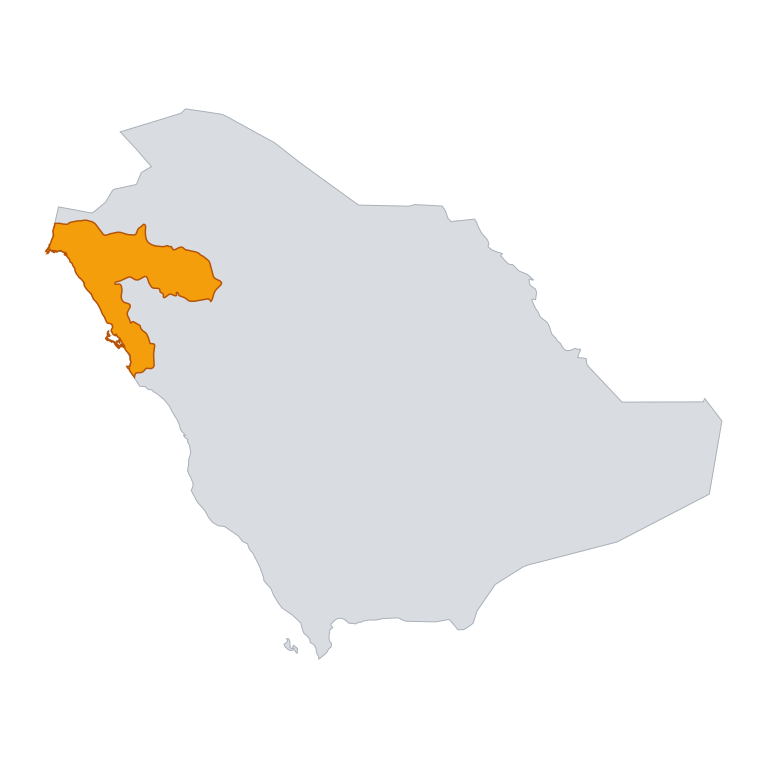 location of Tabuk within Saudi Arabia
{"feature_id": "SAU-848", "entity_name": "Tabuk", "entity_type": "Region", "adm_level": 1, "iso_a3": "SAU", "parent_name": "Saudi Arabia", "parent_adm1": "", "projection": "orthographic", "projection_center": [36.673, 26.762], "detail": "fine", "context": "in_parent", "style": "filled", "palette": "amber", "viewbox_px": 768, "rotation_deg": 0, "n_neighbors": 0, "source": "natural_earth", "source_scale": "10m", "svg_char_len": 9644}
<svg xmlns="http://www.w3.org/2000/svg" viewBox="0 0 768 768"><path d="M617.0,542.0L527.6,565.1L522.8,567.0L495.2,584.5L477.1,610.9L473.2,623.0L470.9,625.0L467.1,627.7L463.6,629.6L458.0,629.8L451.0,621.4L449.2,619.6L447.7,619.7L435.4,621.9L409.5,621.3L405.1,621.0L399.3,618.4L397.8,617.9L396.3,617.9L382.9,618.6L376.3,620.0L369.9,620.0L363.2,621.0L360.9,622.3L358.3,622.3L356.8,623.4L355.3,624.0L353.6,623.2L351.5,623.5L348.5,623.0L346.4,621.1L344.5,619.5L342.5,618.6L340.3,618.2L338.4,618.3L336.0,619.4L334.6,620.5L331.0,624.1L330.9,625.3L332.6,627.3L332.1,628.3L330.0,629.6L329.4,632.8L329.2,634.6L329.0,638.8L330.1,642.0L331.4,643.2L331.5,644.6L330.9,647.5L328.9,648.5L327.5,651.2L326.6,652.5L325.1,654.1L318.9,659.1L318.5,656.4L316.4,652.4L316.2,649.5L315.2,646.6L313.4,644.4L310.1,642.3L309.7,639.1L307.3,636.1L304.1,633.7L302.3,629.1L300.8,622.9L292.5,615.1L282.1,608.0L278.9,603.8L273.7,595.4L270.9,588.6L264.0,580.9L263.6,577.9L262.5,574.2L260.8,570.2L259.8,566.9L252.7,552.9L250.5,550.7L248.5,547.5L248.0,545.1L247.4,543.7L242.6,541.5L238.0,535.7L224.5,526.5L218.0,525.7L212.7,522.4L208.9,518.0L204.7,510.4L197.4,502.2L191.2,490.5L193.0,486.2L192.9,483.1L191.0,478.1L188.9,474.2L187.5,470.5L188.5,465.1L188.8,459.1L189.9,455.9L190.7,452.4L189.5,445.4L187.5,441.7L187.6,439.2L185.4,438.0L183.5,435.3L185.4,435.3L181.9,431.5L180.6,429.5L179.2,424.3L177.5,420.4L172.1,411.6L169.5,406.2L163.8,399.3L157.6,394.2L153.6,391.8L151.7,389.7L148.6,389.7L145.1,386.6L142.6,386.5L139.6,386.1L135.9,380.2L132.9,374.7L127.8,367.5L129.1,365.6L130.6,362.5L129.8,358.5L129.0,355.8L126.8,350.8L119.4,338.5L117.5,336.7L114.4,334.6L112.5,329.2L111.6,324.4L106.7,322.1L98.2,304.8L93.3,298.7L91.3,294.6L85.7,287.9L83.0,281.2L77.3,275.0L72.5,264.3L65.0,253.6L61.8,251.7L54.0,250.8L50.7,250.0L47.7,252.3L47.5,249.3L49.6,245.3L52.8,236.7L53.5,229.2L58.5,206.9L91.3,213.0L92.9,212.6L105.5,202.3L112.5,190.4L114.1,189.2L135.9,184.6L136.6,184.0L140.9,173.3L141.4,172.7L142.0,172.1L151.4,166.6L136.0,148.8L120.2,131.9L180.2,113.5L181.2,113.1L185.5,108.9L212.1,112.8L222.4,114.5L225.7,116.0L274.8,142.9L299.6,162.4L358.1,204.8L358.9,205.1L409.3,206.2L414.6,204.6L428.4,205.3L442.3,206.1L445.5,211.2L446.8,214.9L448.0,218.4L451.0,221.5L462.5,220.4L474.5,219.1L476.5,222.2L477.6,225.5L481.5,233.0L486.6,238.7L487.9,240.8L488.9,244.0L488.3,245.4L488.1,246.8L491.8,249.9L497.6,252.2L499.8,252.7L502.4,253.7L500.7,255.8L504.4,259.9L508.6,264.1L512.8,264.7L519.0,271.0L527.7,274.6L533.4,279.9L532.9,280.1L531.4,279.7L529.4,279.1L529.0,279.8L529.3,282.3L530.1,285.1L532.9,287.3L535.4,288.9L536.6,292.2L535.6,299.7L535.0,299.7L533.7,299.2L532.4,299.2L531.7,299.7L533.8,304.8L535.7,308.7L537.9,311.7L539.9,316.2L541.4,318.0L547.3,322.4L549.4,326.4L551.7,333.9L555.6,337.9L557.7,341.0L560.5,343.5L562.5,347.2L565.0,349.9L566.3,350.5L568.1,350.6L570.3,350.4L572.8,349.3L575.6,348.3L577.9,349.5L580.1,349.0L580.5,350.4L579.2,352.5L577.8,357.5L580.6,357.9L583.2,358.0L585.0,358.5L586.1,358.4L586.2,359.4L586.8,363.9L587.6,365.6L622.0,402.1L702.6,401.9L703.1,401.8L704.8,398.6L721.9,421.0L709.3,494.1L617.0,542.0ZM291.2,648.4L293.8,648.5L292.7,647.4L292.5,646.9L293.6,645.3L297.4,648.4L297.4,652.3L297.1,653.2L296.1,652.4L295.4,651.6L295.2,650.7L294.1,649.8L290.5,650.6L288.2,649.6L284.9,646.5L284.0,644.1L285.3,643.6L286.7,642.4L287.5,640.5L286.7,638.6L288.6,638.8L289.7,640.8L290.0,645.3L290.3,646.3L289.8,647.3L291.2,648.4ZM118.9,347.6L118.0,347.6L115.8,345.2L114.4,343.4L113.1,342.3L107.0,339.9L106.2,338.3L107.1,336.8L107.8,338.3L108.9,339.2L113.9,341.4L119.6,346.1L120.5,346.5L118.9,347.6ZM109.1,335.9L108.8,336.4L107.4,335.2L107.5,332.5L108.7,330.9L108.6,333.0L109.1,335.2L109.1,335.9Z" fill="#d9dde1" stroke="#a8b0b8" stroke-width="1"/><path d="M134.4,377.3L129.4,370.4L129.5,368.8L129.3,368.2L129.1,368.1L128.7,368.5L128.3,368.5L127.8,368.2L126.8,366.4L129.1,366.5L129.9,366.2L130.3,365.6L130.3,363.9L131.0,362.4L130.9,361.6L130.1,359.2L130.3,357.2L130.2,356.4L129.8,354.9L128.8,353.5L127.8,352.7L127.5,352.0L126.5,351.2L125.4,349.7L125.0,348.9L124.8,347.5L123.9,346.3L124.5,345.9L124.0,345.1L122.6,343.6L121.8,341.7L121.0,341.0L121.0,340.3L119.9,338.3L118.2,337.4L116.1,334.4L115.5,334.3L115.4,334.7L115.7,335.5L115.3,335.7L113.2,334.5L112.5,333.6L112.2,333.0L112.2,332.1L111.6,331.8L111.2,330.9L111.2,330.1L111.5,329.3L112.6,327.8L112.7,326.8L112.3,325.0L111.5,324.2L110.5,323.7L108.4,323.3L107.2,322.9L106.5,321.9L104.5,317.1L102.4,314.0L100.0,308.2L97.5,303.7L96.0,301.7L93.4,299.1L92.9,297.6L92.0,295.9L91.3,293.7L90.8,293.8L89.6,292.2L87.6,290.4L85.1,287.1L84.2,285.3L84.0,284.7L84.5,283.6L83.6,282.0L81.0,278.9L79.1,277.5L77.6,275.1L76.6,274.2L75.1,271.0L74.8,268.4L73.0,265.9L72.2,263.7L71.6,262.8L70.6,262.3L70.2,261.9L69.8,260.8L69.7,259.8L69.4,259.3L67.8,257.4L67.0,256.2L65.0,254.7L65.0,255.0L64.8,255.0L64.4,254.5L66.1,253.5L66.4,253.7L66.1,252.9L64.8,252.5L64.4,252.8L63.9,252.1L62.8,252.0L61.0,250.6L60.7,250.8L60.0,250.8L60.3,251.3L59.3,250.7L57.4,251.5L57.1,252.0L56.9,252.0L56.9,251.7L55.0,251.7L54.6,252.2L54.4,251.9L54.4,251.7L54.6,251.7L54.5,251.2L55.2,250.7L54.3,250.6L54.0,250.7L54.2,251.2L53.6,251.5L53.3,252.2L52.9,251.9L53.7,251.2L53.8,250.7L53.0,250.7L52.7,251.4L52.2,251.4L52.2,250.9L51.8,251.2L51.5,250.7L51.2,250.9L50.9,250.7L50.3,249.7L49.9,250.2L49.5,249.8L49.3,250.6L48.4,251.1L48.4,251.3L49.0,251.8L49.0,252.1L48.6,252.3L48.4,252.1L48.0,253.4L47.3,253.5L47.5,253.3L47.2,252.5L47.1,251.2L46.9,250.9L46.1,251.2L46.3,250.8L46.1,250.6L46.5,249.9L47.8,248.9L47.6,248.7L47.8,248.3L48.2,248.2L48.0,248.4L48.6,248.7L48.8,248.6L48.9,248.2L48.7,248.2L48.5,247.5L49.1,247.2L49.0,246.7L49.3,245.1L49.8,245.3L49.8,244.8L49.5,245.0L49.3,244.8L50.0,244.2L50.6,243.1L51.1,241.8L51.5,240.1L52.1,239.2L52.6,237.6L53.5,236.1L53.2,232.8L52.8,231.2L53.4,229.0L54.3,227.0L54.3,226.8L54.1,226.8L54.7,225.8L54.7,225.4L54.6,224.8L54.9,223.4L59.7,223.3L62.2,223.9L66.6,224.4L67.9,224.0L69.0,223.0L70.0,222.5L71.4,222.1L77.7,220.9L81.8,220.7L84.2,220.2L86.3,220.2L92.3,221.8L94.4,223.1L95.4,224.0L103.4,234.5L103.8,234.8L105.1,235.2L105.8,235.3L106.3,235.2L109.7,233.9L117.2,232.3L119.6,232.3L121.4,232.6L126.1,234.1L128.7,234.7L134.1,235.0L134.9,234.7L135.7,234.4L136.1,233.8L137.7,229.8L138.6,228.4L141.3,226.4L143.2,224.6L143.8,224.3L144.5,224.5L145.1,225.0L145.5,225.6L145.6,226.4L145.3,232.1L145.5,235.2L146.1,238.8L147.4,241.4L148.0,242.1L150.0,243.8L151.5,244.6L154.9,245.8L156.9,246.1L163.1,246.7L164.2,246.6L167.1,245.6L169.5,246.6L171.4,246.6L172.4,248.7L173.5,249.7L174.3,249.8L175.8,249.3L179.1,247.6L181.0,247.1L181.8,247.2L182.8,247.5L184.0,248.5L184.6,249.2L185.9,249.8L196.0,252.0L198.9,253.3L200.4,254.9L203.3,256.4L207.0,259.3L208.9,261.1L209.7,262.6L213.4,276.4L213.8,277.1L214.8,278.2L216.0,279.0L219.9,280.9L221.3,282.3L221.5,283.0L221.4,283.8L220.6,285.2L216.3,289.4L214.9,291.4L214.0,293.3L212.3,299.1L211.3,301.0L210.8,301.4L209.7,299.8L209.1,299.4L208.4,298.9L207.7,298.9L194.6,301.2L191.5,301.3L189.9,301.1L188.7,300.7L184.8,297.8L179.7,295.9L178.9,295.3L178.0,293.1L177.3,292.5L176.7,292.5L176.3,292.9L176.5,294.9L176.4,295.5L175.6,295.8L174.1,295.5L171.8,294.4L170.0,294.1L168.9,294.5L165.2,297.3L164.3,297.6L163.6,297.4L163.3,296.9L163.4,294.7L163.1,294.1L162.6,293.5L160.6,292.3L160.1,291.7L159.9,291.1L159.8,289.5L159.5,289.0L158.3,288.4L154.4,288.2L153.1,288.0L152.1,287.5L151.4,286.9L149.0,283.0L147.2,277.7L146.8,277.1L145.9,276.5L145.3,276.4L144.8,276.4L138.9,279.6L137.5,280.0L135.5,279.8L134.6,279.4L131.9,277.7L130.5,277.1L128.7,277.0L119.9,281.0L116.3,281.9L115.6,282.3L115.1,282.8L114.9,283.4L115.0,284.0L115.6,284.4L119.2,284.0L120.4,284.6L120.8,285.2L121.4,286.2L121.9,289.3L121.9,291.2L121.2,296.0L121.3,297.5L121.6,299.1L122.4,300.6L123.6,302.0L124.3,302.4L128.7,303.8L129.3,304.2L129.9,304.8L130.2,305.7L130.1,307.2L128.0,311.0L127.4,312.5L127.2,313.9L127.5,315.4L129.3,319.1L130.6,323.0L131.1,322.9L132.2,321.9L132.9,321.7L133.6,321.8L139.8,325.4L140.1,325.7L140.6,327.7L141.3,329.1L141.8,329.8L146.0,333.2L147.0,334.6L148.5,338.2L150.0,343.2L150.8,343.6L153.5,343.8L154.3,344.4L154.6,345.0L154.7,345.7L153.6,353.8L154.1,365.4L153.7,366.6L153.1,367.5L151.5,368.5L150.7,368.6L147.7,368.3L146.3,368.4L145.6,368.9L143.3,371.5L141.8,372.3L139.8,372.7L137.2,372.7L135.9,373.2L135.0,374.4L134.4,377.3ZM120.1,346.3L120.7,346.3L120.8,346.5L119.9,347.0L119.3,348.0L118.8,348.4L118.1,347.9L115.6,345.3L115.5,344.7L114.8,343.9L114.9,343.6L115.5,343.9L116.4,344.9L119.3,346.1L119.4,346.3L118.8,346.3L118.7,346.8L118.9,347.2L119.3,347.1L120.1,346.3ZM111.9,340.9L111.6,341.5L111.4,341.7L108.2,340.0L107.5,339.8L107.3,340.3L106.0,339.1L105.8,338.3L106.0,337.7L107.4,336.3L107.3,336.9L106.8,337.7L107.0,338.4L108.3,339.1L109.5,340.2L110.2,340.2L110.4,340.8L111.0,340.9L111.1,340.6L111.9,340.9ZM107.4,335.3L107.4,332.8L107.9,331.6L108.9,330.7L108.2,331.7L107.8,333.0L108.1,333.6L108.7,334.2L109.2,334.3L108.8,335.5L108.9,335.9L109.1,336.1L109.6,336.1L109.1,336.5L108.7,336.4L107.7,335.7L107.4,335.3ZM115.6,343.9L114.7,343.2L114.5,342.6L113.8,342.4L113.5,341.8L113.0,341.5L112.5,341.5L111.8,341.9L111.8,341.6L112.1,341.1L112.6,341.0L113.2,341.2L114.8,342.2L115.1,342.9L116.8,343.8L118.0,344.8L118.3,345.1L118.1,345.5L116.7,344.6L116.4,344.0L115.6,343.9ZM122.8,346.3L123.3,346.7L122.9,346.7L123.0,347.0L122.1,346.6L122.0,346.0L121.3,346.0L120.9,345.3L120.3,345.5L120.4,344.6L120.8,344.2L121.6,344.3L122.0,344.5L122.3,345.2L122.5,345.2L122.5,344.9L122.7,345.1L122.8,346.3ZM118.8,341.7L118.7,340.1L119.2,339.7L119.7,340.2L119.6,340.8L119.2,340.7L119.7,342.5L119.5,342.8L118.8,341.7ZM117.2,342.3L116.5,341.8L116.5,341.3L116.9,341.0L117.4,341.1L117.7,341.4L117.7,341.8L117.2,342.3Z" fill="#f59e0b" stroke="#b45309" stroke-width="1.5"/></svg>